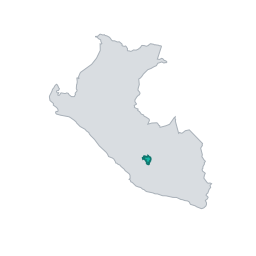 Huanta, Ayacucho, Peru shown in context, rotated 344°
{"feature_id": "86281439B1534497598484", "entity_name": "Huanta", "entity_type": "district", "adm_level": 2, "iso_a3": "PER", "parent_name": "Peru", "parent_adm1": "Ayacucho", "projection": "albers", "projection_center": [-74.213, -12.61], "detail": "fine", "context": "in_parent", "style": "filled", "palette": "teal", "viewbox_px": 256, "rotation_deg": 344, "n_neighbors": 0, "source": "geoboundaries", "source_scale": "gbopen_adm2", "svg_char_len": 5714}
<svg xmlns="http://www.w3.org/2000/svg" viewBox="0 0 256 256"><g transform="rotate(344 128 128)"><path d="M183.5,74.8L183.4,75.5L182.5,75.8L181.7,75.3L180.5,75.5L178.7,73.8L174.4,74.0L172.5,75.9L169.7,76.3L166.6,77.1L163.1,77.4L157.6,80.4L156.3,81.6L153.8,83.3L151.8,83.9L150.8,89.4L148.8,92.5L148.0,94.3L149.1,96.9L149.0,98.2L147.9,99.3L147.0,99.4L145.1,100.5L142.4,102.9L141.9,104.8L142.8,107.2L142.5,107.5L140.2,108.0L140.2,109.3L139.8,109.9L141.7,111.8L142.8,112.3L142.8,112.8L142.6,113.3L142.2,113.5L142.2,113.9L143.6,115.4L144.6,118.3L146.6,119.8L146.6,120.7L147.2,121.6L148.2,122.3L150.7,125.3L150.7,126.6L148.1,129.8L152.3,129.8L157.0,130.9L157.6,131.4L158.1,132.8L158.2,133.7L159.1,134.5L159.0,136.2L165.1,136.3L169.0,135.9L175.4,130.7L176.5,130.3L175.9,131.4L175.8,132.2L176.1,133.1L175.4,134.4L175.2,147.1L176.3,146.5L177.8,147.7L178.9,147.8L182.4,146.4L186.4,146.7L195.4,163.5L194.6,164.6L194.6,165.5L193.5,166.2L192.3,167.5L192.1,174.1L191.1,176.1L191.6,177.2L192.1,179.3L192.9,180.6L193.1,181.4L193.0,181.7L191.7,182.4L191.6,183.6L189.3,185.9L188.8,187.5L187.9,188.0L187.7,189.8L189.8,192.8L188.4,194.5L187.1,197.1L189.1,202.5L190.0,203.3L190.9,203.3L192.2,203.8L193.0,204.6L191.2,205.6L191.0,206.1L191.1,207.9L189.2,209.2L186.7,212.6L186.0,212.7L184.7,213.7L184.5,214.2L184.7,214.7L185.7,215.8L185.8,217.0L184.0,218.5L182.8,218.7L182.3,219.1L182.8,221.2L182.7,222.1L182.3,223.2L181.4,224.4L178.8,225.7L176.4,225.8L172.3,222.7L171.1,221.3L167.0,218.6L166.4,215.8L165.1,214.5L162.6,213.4L160.6,211.9L159.1,211.3L155.5,208.1L152.1,207.1L145.9,203.7L142.5,202.6L138.2,199.5L135.8,198.7L134.0,197.2L128.3,194.2L127.4,193.2L126.5,191.7L125.2,190.8L123.8,188.7L121.7,187.5L119.6,185.9L117.1,181.5L115.9,180.5L115.8,178.5L114.9,177.6L116.2,177.0L116.9,173.9L116.5,172.3L113.5,168.2L113.0,166.5L110.8,163.3L110.0,161.4L108.3,160.0L107.6,158.8L106.6,158.3L106.6,156.9L105.9,154.1L104.9,152.7L101.5,150.1L101.1,147.3L100.3,145.3L95.5,137.3L92.6,129.7L90.2,125.4L89.2,123.0L89.1,121.6L87.3,119.4L86.3,117.3L82.4,113.4L80.0,109.0L79.7,107.7L78.1,105.3L75.5,102.1L74.3,100.9L66.7,97.1L63.0,94.8L62.6,93.6L62.8,92.9L63.5,92.2L64.6,92.7L65.3,92.5L65.7,91.6L65.7,90.3L65.0,88.6L62.5,85.4L63.1,83.9L60.6,80.1L61.0,76.4L61.6,75.4L65.1,71.6L66.1,70.0L67.7,69.0L69.2,67.4L71.2,66.2L71.7,66.6L72.3,68.6L72.3,69.9L72.9,71.4L71.5,72.8L70.1,72.5L69.5,72.9L69.3,73.5L69.6,74.5L70.0,74.9L71.1,74.9L69.6,76.9L69.8,77.3L70.8,77.7L71.8,77.1L72.8,76.0L73.4,75.8L77.1,77.6L78.8,77.4L80.2,78.3L80.4,79.6L82.3,82.3L85.0,83.0L85.5,82.7L86.1,81.7L86.7,81.5L86.8,80.0L89.2,78.3L89.5,77.2L89.1,76.4L89.2,75.8L90.5,72.2L91.0,71.8L91.4,70.7L91.9,69.9L92.6,65.9L93.3,65.9L94.0,66.9L94.7,66.6L94.3,65.7L94.4,65.4L97.0,62.1L97.8,61.4L110.6,56.8L117.0,52.2L122.7,45.8L124.4,39.4L125.1,39.9L126.1,39.7L125.8,37.2L126.0,35.9L126.0,35.6L124.2,34.0L123.5,32.3L121.9,31.4L122.0,31.0L123.6,31.4L125.1,31.2L126.4,30.2L127.3,30.2L129.5,31.7L131.0,31.8L131.5,32.8L133.1,33.6L135.3,35.8L136.2,38.2L136.2,38.6L137.1,39.9L139.2,40.5L141.3,42.3L143.5,42.8L144.5,44.4L145.1,45.0L145.4,45.9L145.0,47.0L145.3,47.5L146.9,48.5L148.3,48.5L148.6,49.0L149.4,51.6L148.8,53.0L149.0,53.7L150.8,54.4L151.4,55.0L152.8,55.1L154.8,54.5L157.3,55.4L159.2,55.1L160.1,54.9L161.0,54.3L161.8,54.3L163.8,52.6L164.3,52.5L166.4,53.3L168.2,54.5L170.4,54.3L171.3,53.6L172.9,53.2L175.7,54.6L176.3,55.3L177.1,55.5L180.2,56.9L180.7,57.5L182.3,58.1L182.6,58.5L182.5,59.0L175.2,69.9L177.4,70.8L179.5,70.3L180.5,71.0L181.3,72.8L182.9,74.0L183.5,74.8Z" fill="#d9dde1" stroke="#a8b0b8" stroke-width="1"/><path d="M136.4,167.0L136.3,167.3L136.3,167.5L136.5,167.5L136.6,167.8L136.7,168.0L136.9,168.3L137.0,168.4L137.1,168.5L137.5,168.6L137.8,168.8L138.0,168.7L138.3,168.5L138.3,168.4L138.5,168.3L138.5,168.1L138.6,167.9L138.6,167.7L138.4,167.4L138.3,167.2L138.2,167.0L138.2,166.9L138.3,166.8L138.3,166.7L138.5,166.7L138.7,166.8L138.8,166.8L139.0,166.9L139.3,166.8L139.3,166.7L139.5,166.6L139.8,166.5L139.7,166.4L139.8,166.3L139.8,166.2L139.8,165.9L139.8,165.7L140.0,165.6L140.1,165.4L140.3,165.4L140.6,165.3L140.9,165.2L141.0,165.0L141.0,164.9L141.1,164.7L141.3,164.4L141.2,164.3L141.2,164.2L141.3,164.1L141.3,163.9L141.5,163.7L141.5,163.3L141.5,163.2L141.4,163.3L141.3,163.2L141.3,162.9L141.2,162.7L141.1,162.4L141.0,162.1L140.9,161.9L140.7,161.7L140.4,161.5L140.4,161.4L140.2,161.3L140.0,161.2L140.0,160.9L140.0,160.5L140.0,160.3L139.9,160.2L139.9,160.3L139.8,160.5L139.7,160.6L139.4,160.4L139.2,160.4L139.1,160.5L138.9,160.5L138.7,160.6L138.7,160.8L138.5,161.1L138.4,161.1L138.4,160.9L138.2,160.9L138.2,161.0L138.0,160.9L137.9,160.9L137.7,160.8L137.6,160.7L137.5,160.8L137.4,160.8L137.4,160.7L137.5,160.6L137.4,160.6L137.3,160.4L137.2,160.4L137.0,160.2L136.9,160.1L136.7,160.0L136.7,159.9L136.4,159.9L136.4,160.0L136.2,159.8L136.3,159.8L136.2,159.7L136.0,159.4L135.9,159.4L135.7,159.4L135.7,159.5L135.7,159.8L135.8,159.8L135.8,160.0L135.7,160.1L135.6,160.3L135.7,160.5L135.4,160.7L135.4,160.8L135.3,160.7L135.2,160.6L135.1,160.4L134.9,160.5L134.8,160.4L134.7,160.5L134.5,160.8L134.4,160.9L134.2,160.8L134.2,160.7L133.9,160.6L133.8,160.8L133.7,160.8L133.7,161.0L133.7,161.3L133.7,161.5L133.8,161.4L133.9,161.5L134.0,161.5L134.1,161.8L134.3,161.9L134.3,162.0L134.5,162.3L134.8,162.3L135.0,162.3L135.3,162.3L135.5,162.5L135.4,162.7L135.4,162.8L135.5,162.8L135.6,163.0L135.6,163.3L135.7,163.5L135.8,163.7L135.9,163.8L136.1,163.9L136.2,164.0L136.3,164.0L136.2,164.1L136.2,164.3L136.3,164.4L136.3,164.6L136.3,164.8L136.2,164.9L136.1,165.0L136.2,165.3L136.3,165.4L136.3,165.5L136.2,165.5L136.3,165.5L136.4,165.4L136.5,165.5L136.7,165.8L136.7,166.0L136.6,166.3L136.5,166.5L136.4,166.5L136.2,166.7L136.3,166.8L136.4,167.0L136.4,167.0Z" fill="#14b8a6" stroke="#0f766e" stroke-width="1.5"/></g></svg>